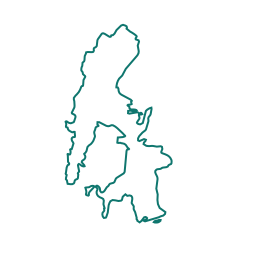 the Region of Leninabad, rotated 115°
{"feature_id": "TJK-369", "entity_name": "Leninabad", "entity_type": "Region", "adm_level": 1, "iso_a3": "TJK", "parent_name": "Tajikistan", "parent_adm1": "", "projection": "albers", "projection_center": [69.514, 39.97], "detail": "fine", "context": "isolated", "style": "outline", "palette": "teal", "viewbox_px": 256, "rotation_deg": 115, "n_neighbors": 0, "source": "natural_earth", "source_scale": "10m", "svg_char_len": 5995}
<svg xmlns="http://www.w3.org/2000/svg" viewBox="0 0 256 256"><g transform="rotate(115 128 128)"><path d="M218.6,110.2L219.7,111.8L218.9,113.4L217.2,114.7L215.7,115.2L213.0,114.6L212.3,114.9L211.1,115.7L210.6,115.3L210.4,115.4L209.9,115.9L208.0,117.6L207.3,118.1L204.1,119.2L202.8,120.5L202.6,122.2L202.7,124.2L202.3,126.4L201.6,127.6L200.7,128.6L199.7,129.2L198.7,129.6L196.5,129.7L195.9,130.0L195.6,130.6L195.2,132.0L194.8,132.6L193.7,132.2L193.3,131.4L193.4,130.2L193.9,129.0L194.5,128.1L196.9,126.5L197.6,125.1L197.1,123.9L195.9,123.1L194.7,122.7L190.7,122.2L188.8,121.3L187.0,121.1L186.1,120.7L183.9,118.1L182.8,117.5L181.7,117.5L179.2,117.6L178.1,117.3L170.9,112.7L169.2,112.5L149.5,119.6L148.6,119.7L147.9,119.6L147.5,119.3L147.0,118.3L146.6,118.2L146.4,118.5L146.0,120.0L145.0,121.6L144.2,123.0L143.9,124.7L144.3,126.8L144.6,127.6L144.6,128.5L145.7,130.6L145.8,131.5L140.9,133.2L138.5,129.0L137.1,127.4L136.4,127.2L136.2,127.4L136.2,127.8L135.9,128.4L135.0,130.6L132.7,137.6L132.1,140.1L131.9,142.7L132.3,143.9L133.0,144.7L133.9,145.5L134.6,146.4L135.0,147.5L135.2,148.7L134.9,156.5L135.6,158.1L137.6,157.3L137.9,156.8L138.2,155.9L138.7,155.7L140.2,157.1L141.3,157.5L143.4,157.1L145.5,157.0L146.4,156.7L147.3,156.1L149.0,154.7L149.8,154.3L154.2,154.0L156.3,154.3L158.3,154.9L160.4,156.1L162.4,156.7L166.3,155.9L168.3,156.1L169.9,156.8L170.3,156.5L171.1,155.3L171.9,154.6L173.0,154.2L174.1,154.2L175.1,154.5L176.8,155.5L177.6,155.7L178.5,155.5L178.9,154.8L180.3,151.8L181.0,151.2L181.5,151.8L181.8,153.0L181.8,154.1L181.3,156.5L181.4,157.4L182.2,157.7L183.1,157.5L187.6,154.2L188.2,153.9L189.8,154.3L190.3,154.3L190.6,154.1L191.2,153.4L194.1,152.4L195.0,152.2L195.7,152.5L196.8,153.5L197.5,153.9L198.4,154.0L200.2,153.6L201.1,153.7L202.3,154.6L203.1,156.0L204.1,159.1L202.3,160.5L201.5,161.0L201.1,161.6L200.7,162.6L199.5,163.1L196.5,163.7L196.1,164.8L195.5,165.3L194.9,165.3L189.7,166.9L187.6,167.0L187.1,166.9L186.2,166.1L185.5,166.1L185.1,166.3L184.7,166.8L184.3,167.6L183.9,168.1L178.6,170.8L177.3,171.7L177.1,171.7L176.9,171.4L176.9,170.2L176.6,169.6L176.4,169.4L175.8,169.4L175.0,169.5L173.6,170.1L172.1,171.3L171.8,171.3L171.4,171.0L171.0,170.1L170.5,170.1L165.0,170.9L164.3,171.7L163.2,173.4L162.2,174.2L161.3,174.6L160.9,174.6L159.8,174.2L159.5,173.9L158.7,172.5L157.7,172.6L154.1,174.7L154.3,175.4L155.3,176.4L155.5,177.3L155.3,180.0L154.9,181.2L154.4,181.9L153.2,182.9L153.2,183.7L153.4,184.3L153.1,184.7L152.6,185.0L150.8,185.5L150.1,185.9L148.7,187.2L148.4,187.1L148.1,186.9L147.9,186.3L148.2,184.7L148.3,183.9L148.2,183.2L147.9,181.9L147.5,181.4L145.7,179.7L145.0,179.6L140.8,180.1L139.8,180.4L139.1,181.0L138.8,181.5L138.6,182.4L138.5,184.8L138.3,185.1L137.9,185.4L137.1,185.4L132.1,185.3L131.3,185.5L130.1,186.0L126.4,188.0L125.1,189.1L123.6,189.8L120.7,189.2L119.5,188.7L116.3,187.8L113.4,187.6L110.3,187.8L109.7,187.6L109.4,187.4L109.1,186.8L108.8,186.7L108.1,186.8L103.3,188.6L99.8,188.4L99.4,188.5L99.1,188.8L98.2,191.6L96.6,192.7L95.8,194.2L95.3,194.8L93.5,195.5L92.4,195.7L91.0,195.7L88.0,196.8L86.2,196.0L85.6,196.0L84.7,196.2L81.9,197.3L81.0,197.6L78.4,197.6L77.1,197.9L76.1,196.5L74.5,192.7L73.7,191.7L73.3,191.6L72.1,191.7L71.2,192.3L70.3,192.6L69.5,192.4L68.7,191.6L68.3,191.4L67.5,191.1L66.8,191.0L61.4,192.8L60.1,192.8L53.6,191.6L52.7,190.7L52.5,189.0L53.1,184.0L53.1,183.1L52.6,182.3L52.3,182.2L51.4,182.3L51.1,182.3L50.2,180.9L48.2,180.1L44.1,179.8L38.0,177.5L36.6,176.1L36.3,173.5L36.5,172.2L37.3,171.5L37.8,171.3L38.3,171.4L38.6,171.3L39.1,169.2L39.7,167.0L39.9,164.6L40.3,161.9L40.9,159.4L41.4,158.8L42.2,158.8L43.5,159.0L44.2,158.6L44.4,158.4L44.1,155.5L45.1,154.5L49.2,154.0L53.9,150.7L55.8,150.1L58.2,150.2L75.3,155.0L82.9,155.4L87.0,156.9L89.5,157.1L92.0,156.9L95.1,156.1L96.1,155.7L95.6,154.4L96.3,153.4L98.4,152.1L99.7,150.8L100.3,149.5L100.6,148.0L101.2,137.4L101.8,136.0L102.4,136.1L103.0,136.3L104.7,134.8L105.6,135.5L106.9,137.7L107.6,138.0L107.9,137.6L108.0,136.5L108.4,135.6L109.3,135.2L109.9,134.0L109.9,133.1L108.8,130.7L108.3,129.2L108.2,128.0L108.5,127.5L109.6,128.2L110.6,130.5L111.3,133.3L112.4,135.1L114.6,134.2L114.4,132.8L110.1,126.6L109.8,126.0L109.7,125.4L109.9,124.0L109.7,123.5L108.8,122.8L108.7,122.2L109.4,121.0L110.1,121.6L111.3,123.7L111.9,123.5L113.7,122.0L114.7,121.6L118.4,122.2L119.5,122.1L119.9,121.3L120.0,120.3L119.8,119.3L119.5,118.4L117.2,116.7L105.0,119.0L103.2,118.3L101.0,116.8L99.7,115.4L100.8,114.7L105.6,113.4L106.7,113.3L109.6,113.9L110.8,113.7L112.5,112.7L113.5,112.3L121.7,111.1L122.8,111.3L126.1,113.0L130.6,114.4L133.1,114.5L135.0,113.6L135.0,112.1L131.3,108.8L131.1,106.8L132.5,106.7L134.4,107.4L136.0,107.1L136.4,103.9L136.0,102.5L135.5,101.2L134.2,98.9L133.7,97.7L132.7,94.0L130.7,90.6L130.7,89.3L132.5,88.0L135.5,87.8L136.2,87.4L136.4,86.5L136.1,83.0L136.1,80.6L136.5,78.6L137.3,76.9L138.5,75.3L139.2,74.7L140.0,74.3L141.6,73.7L142.5,73.8L143.8,75.0L144.6,75.5L146.2,75.7L147.3,76.7L149.2,79.7L149.8,80.3L151.1,81.1L151.6,81.7L153.0,84.0L153.7,84.6L155.2,85.1L156.5,84.7L157.7,83.6L159.8,81.0L160.8,80.2L161.9,79.6L171.0,76.7L175.7,73.0L180.8,70.9L184.3,68.7L187.1,65.5L188.4,58.6L190.2,58.1L192.4,59.0L194.3,61.1L195.9,62.4L205.4,73.1L205.4,74.3L204.4,74.0L202.6,72.5L201.6,72.6L201.2,73.5L201.3,74.6L202.1,75.6L206.7,76.6L208.6,77.6L208.1,80.4L207.3,80.9L206.9,81.8L205.7,82.2L201.2,86.0L199.5,88.2L198.9,88.7L196.7,89.6L196.1,90.3L194.9,92.4L194.4,93.0L190.5,94.1L189.0,95.0L188.2,96.3L188.4,98.0L189.8,100.0L189.2,102.3L191.7,103.4L192.7,103.7L195.7,103.1L196.8,103.6L198.2,105.8L198.9,108.8L199.8,111.5L201.8,113.0L203.9,113.1L206.1,112.9L213.2,110.6L217.6,110.1L218.6,110.2ZM195.1,133.8L195.9,133.8L202.0,135.8L203.8,135.9L205.3,135.1L206.0,135.3L206.3,136.5L206.3,137.6L205.8,138.1L204.1,138.5L202.7,139.2L200.1,141.4L199.8,141.1L198.4,138.7L197.9,138.1L196.2,136.9L195.5,135.9L195.1,134.8L195.1,133.8ZM198.4,59.4L199.7,60.0L200.9,61.0L201.6,62.1L202.3,63.7L202.4,64.8L201.4,64.6L200.5,63.8L199.1,61.8L198.2,61.0L197.6,59.6L198.4,59.4Z" fill="none" stroke="#0f766e" stroke-width="2"/></g></svg>